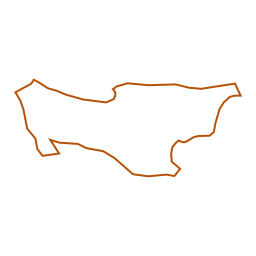 outline of Kobarid
{"feature_id": "SVN-1029", "entity_name": "Kobarid", "entity_type": "Municipality", "adm_level": 1, "iso_a3": "SVN", "parent_name": "Slovenia", "parent_adm1": "", "projection": "natural_earth1", "projection_center": [13.548, 46.244], "detail": "fine", "context": "isolated", "style": "outline", "palette": "amber", "viewbox_px": 256, "rotation_deg": 0, "n_neighbors": 0, "source": "natural_earth", "source_scale": "10m", "svg_char_len": 793}
<svg xmlns="http://www.w3.org/2000/svg" viewBox="0 0 256 256"><path d="M42.5,155.8L37.4,149.1L35.3,138.4L27.2,128.7L23.4,109.2L20.1,100.1L15.4,92.3L31.2,83.7L33.8,79.7L38.8,82.4L48.0,88.3L56.2,90.6L66.1,94.7L83.2,99.5L106.3,102.4L113.7,99.1L115.4,95.5L115.0,91.8L112.9,89.2L116.8,86.4L127.5,83.3L148.3,85.2L175.6,84.4L188.9,87.7L201.1,88.8L235.0,83.6L240.6,95.6L234.5,95.7L229.8,96.9L223.9,102.3L219.6,108.9L215.5,123.0L213.8,132.1L209.5,135.7L198.6,136.0L193.9,137.1L187.0,141.2L184.3,142.2L181.8,141.9L178.5,140.6L175.5,143.2L172.3,147.3L171.1,154.0L171.6,158.6L171.6,161.5L180.1,168.8L174.5,175.9L174.4,176.0L166.2,174.6L148.3,176.3L132.9,174.2L114.7,158.2L103.2,151.2L86.3,148.1L77.8,143.9L59.7,142.7L50.3,139.9L59.1,153.5L42.5,155.8Z" fill="none" stroke="#b45309" stroke-width="2"/></svg>